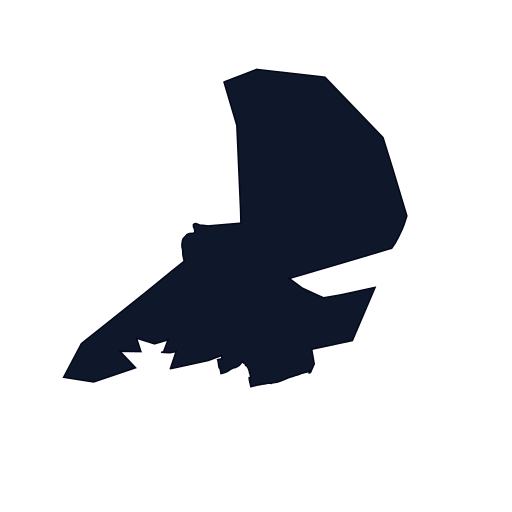 Al Amreia, Al Iskandariyah, Egypt, rotated 205°
{"feature_id": "37247803B92926604097979", "entity_name": "Al Amreia", "entity_type": "district", "adm_level": 2, "iso_a3": "EGY", "parent_name": "Egypt", "parent_adm1": "Al Iskandariyah", "projection": "natural_earth1", "projection_center": [29.737, 30.959], "detail": "fine", "context": "isolated", "style": "filled", "palette": "ink", "viewbox_px": 512, "rotation_deg": 205, "n_neighbors": 0, "source": "geoboundaries", "source_scale": "gbopen_adm2", "svg_char_len": 4717}
<svg xmlns="http://www.w3.org/2000/svg" viewBox="0 0 512 512"><g transform="rotate(205 256 256)"><path d="M342.4,172.8L358.3,140.8L377.2,102.9L379.1,64.8L349.9,73.2L317.9,103.8L338.9,112.1L319.9,120.7L329.5,131.0L310.8,133.5L300.3,142.8L299.3,129.9L299.5,129.8L300.6,129.3L300.6,128.9L295.8,130.8L293.0,132.0L289.4,134.6L288.1,135.9L287.9,134.7L287.4,130.1L286.0,117.7L285.9,117.7L279.5,122.5L255.5,140.8L254.4,141.8L253.8,142.4L253.2,143.0L249.4,146.9L247.3,149.0L245.3,151.1L244.4,149.9L243.4,148.6L246.5,146.2L247.0,145.8L246.9,145.7L246.7,145.7L246.2,145.0L245.2,143.5L244.3,142.2L244.1,141.9L243.4,140.7L243.1,140.3L242.7,139.8L241.9,139.0L241.4,139.3L241.2,139.2L241.0,138.8L240.3,137.8L240.0,137.4L239.8,137.1L239.6,136.8L239.0,136.1L238.4,135.1L238.0,134.6L237.6,134.9L235.9,136.4L235.3,136.9L235.0,137.3L234.1,138.1L233.5,138.8L232.7,139.9L232.4,140.4L231.9,141.3L231.0,142.7L230.8,143.0L230.6,143.3L230.3,143.6L230.0,144.0L229.8,144.2L229.5,144.6L229.3,144.8L229.2,144.9L229.0,145.1L227.5,146.3L227.4,146.3L227.3,146.5L226.4,147.6L226.1,148.0L225.8,148.4L225.7,148.5L225.4,149.0L225.2,149.3L224.7,150.7L224.3,152.0L224.0,153.7L223.7,154.8L222.9,154.3L222.5,154.0L222.0,153.7L221.2,154.4L219.1,152.4L218.4,152.8L217.8,152.4L215.4,150.8L213.1,148.4L212.5,147.4L212.3,147.6L211.9,147.1L211.4,146.4L210.6,145.2L209.3,143.7L209.7,143.4L210.8,142.9L210.1,141.5L209.6,140.8L208.5,139.3L206.5,136.8L205.5,135.4L205.3,135.6L204.9,135.9L204.7,135.9L204.7,136.0L204.0,136.6L203.7,136.9L203.6,137.0L203.4,137.0L202.6,137.6L202.4,137.7L202.3,137.8L202.2,137.9L202.0,138.1L201.7,138.4L201.4,138.5L201.2,138.7L201.2,138.8L200.9,139.0L200.7,139.2L200.6,139.3L200.4,139.4L200.3,139.5L200.1,139.7L199.8,139.9L199.5,140.0L199.3,140.1L199.1,140.3L198.6,140.7L198.4,140.8L198.1,140.9L198.0,141.0L197.9,141.2L197.7,141.3L197.4,141.5L197.2,141.6L197.0,141.8L196.3,142.3L196.2,142.4L195.9,142.6L195.6,142.8L195.4,142.9L194.7,143.3L194.4,143.5L194.1,143.7L193.9,143.8L193.7,143.9L193.2,144.3L192.6,144.9L192.4,145.0L191.9,145.4L191.7,145.5L191.3,145.7L191.1,145.8L190.7,146.0L190.4,146.2L190.3,146.3L189.8,146.5L189.4,146.8L189.1,146.9L188.7,147.1L188.4,147.2L188.2,147.0L187.9,147.2L187.9,147.3L188.0,147.4L188.0,147.5L187.9,147.7L187.3,148.1L187.2,148.2L187.1,148.3L186.9,148.4L186.7,148.5L185.8,149.0L185.5,149.3L185.2,149.5L184.9,149.6L184.4,150.0L184.2,150.2L184.0,150.4L183.7,150.5L183.4,150.7L183.1,150.9L183.0,151.1L182.7,151.3L182.3,151.7L182.0,152.0L181.9,152.1L181.7,152.3L181.4,152.6L181.3,152.8L181.1,152.9L181.0,153.0L180.9,153.1L180.7,153.2L180.2,153.8L180.0,154.0L179.8,154.2L179.7,154.4L179.2,155.0L178.8,155.3L178.6,155.5L178.3,155.8L178.2,155.9L178.1,156.0L177.9,156.3L177.7,156.5L177.4,156.9L177.1,157.2L176.8,157.5L176.5,157.8L176.4,157.9L176.3,158.1L176.2,158.2L175.9,158.5L175.6,158.8L175.4,159.1L175.2,159.3L174.9,159.6L174.8,159.8L174.7,159.9L174.4,160.1L174.1,160.3L173.9,160.5L173.5,160.9L173.1,161.2L173.0,161.4L172.9,161.5L172.7,161.6L172.5,161.8L172.3,162.0L172.2,162.0L171.9,162.3L171.7,162.5L171.4,162.8L171.2,163.0L170.7,163.4L170.6,163.5L170.4,163.8L170.1,164.1L169.9,164.3L169.7,164.5L169.3,164.8L168.5,165.4L168.4,165.6L168.0,165.9L167.8,166.0L167.5,166.4L167.3,166.5L167.0,166.8L166.8,167.1L166.6,167.3L166.4,167.5L166.2,167.8L165.9,168.0L165.8,168.3L165.7,168.4L165.2,168.8L164.9,169.0L164.6,169.3L164.2,169.5L163.8,169.9L163.6,170.1L163.3,170.4L162.8,170.8L162.5,171.0L162.4,171.2L162.2,171.3L161.6,171.8L161.3,172.0L161.1,172.1L160.5,172.7L160.3,172.8L160.1,172.9L159.9,173.1L159.4,173.4L159.0,173.5L158.9,173.5L158.7,173.4L158.4,173.4L158.4,173.5L158.7,174.4L158.0,174.7L157.8,174.1L157.7,174.3L157.7,174.2L157.5,173.9L157.5,173.7L157.7,173.4L157.8,173.3L157.9,173.2L158.0,173.2L158.1,172.9L158.3,172.8L158.3,172.7L158.5,172.7L158.4,172.5L158.2,172.7L157.6,173.2L157.5,173.3L157.4,173.5L157.4,174.0L157.6,174.5L157.7,174.8L157.4,174.9L157.6,182.8L166.1,195.0L132.9,220.1L134.8,277.9L163.9,255.8L177.1,246.7L184.6,246.5L200.6,246.5L216.3,249.7L165.9,294.1L138.7,318.3L136.3,320.3L135.3,326.4L134.9,332.8L134.8,342.5L135.1,347.3L135.7,352.0L136.2,356.1L168.9,392.8L190.9,417.0L269.1,447.2L333.0,425.8L334.1,425.6L358.1,400.7L358.5,400.1L328.6,366.3L289.4,291.1L283.6,279.4L312.2,263.0L315.9,261.8L317.9,261.1L319.6,260.3L324.1,260.1L324.9,259.5L325.6,259.0L326.0,257.9L325.5,257.0L325.0,256.0L323.4,254.7L321.9,252.5L321.6,252.0L321.3,251.5L321.9,250.7L322.4,250.3L322.9,249.8L325.1,248.7L325.4,248.6L327.6,246.4L328.7,242.7L329.0,242.1L329.4,240.7L328.9,237.9L328.2,235.7L327.9,234.8L327.2,233.6L326.9,232.8L325.5,231.2L325.0,230.3L324.2,228.9L322.7,226.0L319.7,222.0L318.9,220.9L325.7,207.3L336.2,185.5L338.0,181.8L342.4,172.8Z" fill="#0f172a" stroke="#020617" stroke-width="1.5"/></g></svg>